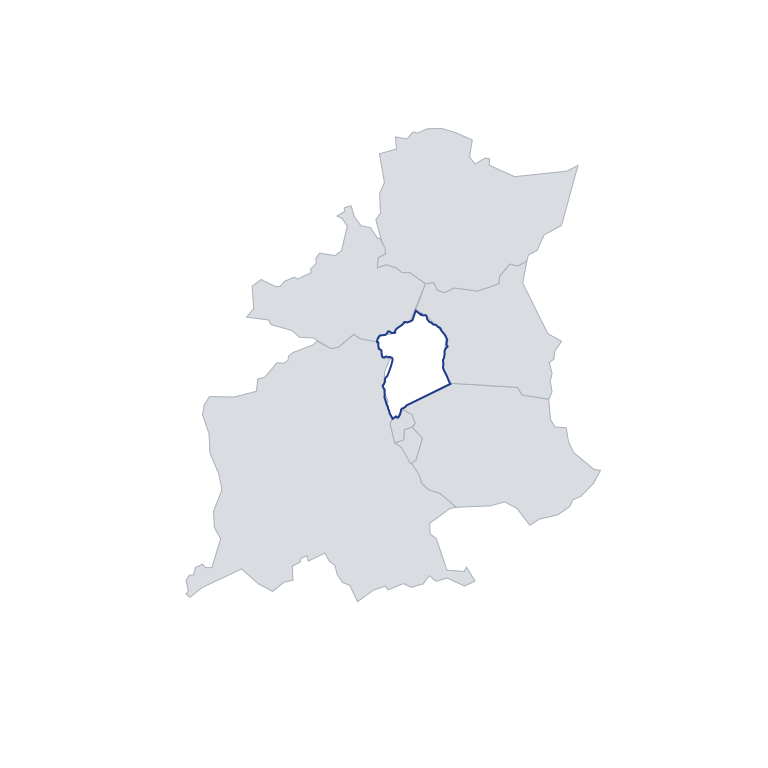 Uganda and the surrounding countries, rotated 334°
{"feature_id": "UGA", "entity_name": "Uganda", "entity_type": "country or territory", "adm_level": 0, "iso_a3": "UGA", "parent_name": "Africa", "parent_adm1": "", "projection": "orthographic", "projection_center": [32.128, 1.375], "detail": "fine", "context": "with_neighbors", "style": "outline", "palette": "blue", "viewbox_px": 768, "rotation_deg": 334, "n_neighbors": 7, "source": "natural_earth", "source_scale": "50m", "svg_char_len": 5988}
<svg xmlns="http://www.w3.org/2000/svg" viewBox="0 0 768 768"><g transform="rotate(334 384 384)"><path d="M443.7,412.3L502.4,445.5L503.4,454.5L525.4,469.9L518.1,488.9L518.9,497.6L528.6,503.2L524.6,516.5L524.3,528.5L535.4,553.1L540.8,556.4L528.6,565.2L511.9,571.2L502.8,571.0L497.3,575.5L482.8,577.8L464.6,573.6L453.1,574.8L449.0,554.2L440.8,542.9L425.8,540.0L394.7,526.4L386.4,507.1L377.4,498.4L374.2,489.5L375.7,481.5L372.9,467.3L379.3,466.5L394.7,449.6L390.3,435.0L394.8,433.0L395.7,423.9L389.5,415.1L395.0,413.3L443.7,412.3Z" fill="#d9dde1" stroke="#a8b0b8" stroke-width="1"/><path d="M371.9,448.6L375.7,481.5L374.2,489.5L377.4,498.4L386.4,507.1L394.7,526.4L388.7,524.8L364.0,529.2L359.7,539.0L363.2,545.7L359.0,579.0L373.8,587.6L377.9,584.8L379.4,601.1L367.8,600.9L355.8,586.2L344.2,584.1L340.6,576.1L331.5,580.9L319.3,578.7L314.1,571.9L297.4,570.8L296.4,566.1L284.3,564.7L264.8,568.0L265.0,549.9L259.8,544.2L258.4,534.8L260.4,525.6L257.2,519.6L256.7,510.0L238.3,510.0L239.5,504.5L231.8,504.5L231.0,507.2L221.7,507.7L216.1,520.5L207.7,518.3L193.0,521.6L183.5,508.5L174.9,487.8L131.3,487.2L116.1,490.7L113.9,485.9L117.5,484.3L120.0,473.7L125.3,470.5L129.2,472.1L134.0,466.2L142.0,466.4L143.1,470.8L148.7,473.6L169.3,451.5L168.6,438.8L174.9,423.8L191.6,408.4L193.3,403.5L196.1,392.4L197.3,369.8L205.0,351.9L207.5,331.7L213.5,323.8L221.7,318.9L243.6,330.0L266.1,334.6L272.9,324.1L279.8,325.7L297.0,318.0L303.0,321.3L308.0,320.8L310.3,317.1L316.1,315.8L337.5,317.8L342.6,316.2L351.9,329.0L358.8,330.9L378.7,326.0L382.4,332.7L396.0,343.0L395.1,361.2L401.3,363.3L390.3,372.9L381.1,388.2L380.2,400.7L376.6,406.6L376.5,418.3L372.0,422.7L367.9,441.6L371.9,448.6Z" fill="#d9dde1" stroke="#a8b0b8" stroke-width="1"/><path d="M525.4,469.9L503.4,454.5L502.4,445.5L443.7,412.3L443.5,395.8L461.2,367.9L452.5,342.3L445.2,331.5L465.1,312.0L473.1,314.6L473.2,323.3L478.5,328.4L489.2,328.4L508.9,341.5L531.0,344.2L535.5,337.7L549.5,331.2L555.7,336.4L566.2,336.3L552.9,354.0L553.3,410.6L562.3,423.4L551.5,429.6L547.7,436.1L541.9,437.3L539.7,448.2L534.7,454.4L531.6,464.7L525.4,469.9Z" fill="#d9dde1" stroke="#a8b0b8" stroke-width="1"/><path d="M390.3,435.0L394.7,449.6L379.3,466.5L372.9,467.3L371.9,448.6L367.9,441.6L377.4,442.8L382.1,434.0L390.3,435.0Z" fill="#d9dde1" stroke="#a8b0b8" stroke-width="1"/><path d="M654.1,272.6L613.1,319.3L593.4,320.1L580.1,331.1L570.3,331.4L566.2,336.3L555.7,336.4L549.5,331.2L535.5,337.7L531.0,344.2L508.9,341.5L489.2,328.4L478.5,328.4L473.2,323.3L473.1,314.6L465.1,312.0L455.9,295.2L448.8,291.6L446.1,285.4L438.3,277.9L428.8,276.8L434.0,268.0L442.2,267.6L448.6,233.0L455.8,228.7L463.7,210.7L472.7,203.1L480.8,175.1L498.3,178.2L502.7,166.9L511.9,173.8L520.6,170.2L524.3,173.3L534.5,173.5L547.7,179.5L558.6,189.6L570.3,203.4L560.5,217.3L562.2,226.2L574.2,225.3L577.6,228.1L574.5,233.5L592.1,254.8L641.6,272.8L654.1,272.6Z" fill="#d9dde1" stroke="#a8b0b8" stroke-width="1"/><path d="M389.5,415.1L395.7,423.9L394.8,433.0L390.3,435.0L382.1,434.0L377.4,442.8L367.9,441.6L372.0,422.7L376.5,418.3L380.3,419.9L389.5,415.1Z" fill="#d9dde1" stroke="#a8b0b8" stroke-width="1"/><path d="M396.0,343.0L382.4,332.7L378.7,326.0L358.8,330.9L351.9,329.0L340.2,311.3L328.7,305.1L324.9,295.8L308.4,281.0L308.4,276.0L289.9,263.7L299.9,259.1L308.4,238.3L319.4,236.2L329.6,249.4L333.8,250.7L339.3,248.1L350.3,248.7L352.4,251.8L367.6,251.9L368.2,248.7L376.1,245.8L377.7,241.3L383.5,238.2L396.3,247.1L404.2,245.6L420.2,226.1L418.9,216.9L415.3,212.4L424.4,211.6L425.4,208.2L432.5,209.3L430.7,220.5L432.6,231.6L440.4,237.6L442.1,250.6L444.2,250.9L444.5,262.9L442.2,267.6L434.0,268.0L428.8,276.8L438.3,277.9L446.1,285.4L448.8,291.6L455.9,295.2L465.1,312.0L435.6,338.6L424.7,338.6L412.3,342.2L402.4,338.8L396.0,343.0Z" fill="#d9dde1" stroke="#a8b0b8" stroke-width="1"/><path d="M443.7,413.1L442.0,413.1L439.2,413.1L436.4,413.1L433.7,413.1L430.9,413.1L428.2,413.1L425.4,413.1L422.6,413.1L419.9,413.1L417.1,413.1L414.3,413.1L411.6,413.1L408.8,413.1L406.1,413.1L403.3,413.1L400.5,413.1L397.8,413.1L396.1,413.1L395.8,413.0L395.6,413.0L394.5,413.2L393.5,413.9L392.3,414.1L391.1,414.0L390.9,414.1L390.3,414.1L389.4,414.0L388.6,414.2L388.0,414.8L387.4,415.8L386.2,417.0L385.4,418.0L384.6,418.8L382.9,420.0L381.9,420.3L381.5,420.3L381.2,420.1L380.7,418.5L380.3,418.3L377.0,419.1L376.5,419.1L376.5,418.6L376.3,414.9L376.2,412.7L376.7,411.3L376.9,409.7L376.9,408.2L377.6,405.8L377.3,404.4L378.1,399.3L378.3,398.4L378.6,396.0L379.1,395.2L379.6,394.9L380.1,393.4L381.2,391.0L382.0,389.8L381.8,387.0L382.0,385.2L382.1,384.8L383.8,384.1L385.9,382.4L386.8,380.4L388.0,379.1L390.4,378.3L390.5,378.3L397.7,371.4L401.0,367.7L402.5,365.8L402.5,365.1L402.8,364.2L402.2,363.5L401.5,362.8L401.3,362.3L400.7,362.0L399.8,362.0L399.3,361.5L398.6,360.7L398.0,360.2L395.9,360.2L394.4,359.4L394.4,358.2L395.0,355.9L396.2,353.3L396.3,352.6L396.1,351.9L395.8,351.4L395.3,350.9L394.8,350.3L395.2,348.4L395.9,346.5L396.5,345.6L397.1,344.6L397.0,343.7L396.1,343.3L396.5,342.5L397.5,341.1L399.3,339.7L401.0,338.7L402.0,338.7L404.1,339.5L406.0,340.3L407.1,340.4L408.3,340.0L411.0,338.5L411.6,339.0L412.4,339.9L413.2,341.5L414.8,342.2L415.6,342.7L416.2,342.8L416.5,342.7L417.1,341.5L417.9,340.8L419.3,339.9L422.4,339.3L424.6,339.1L425.5,338.9L427.1,338.5L429.6,337.2L432.0,338.9L434.6,339.2L437.2,339.2L438.0,338.7L438.4,338.3L441.1,335.6L444.7,332.0L447.1,337.1L448.0,337.4L447.9,337.8L447.7,338.3L449.2,339.5L451.2,340.2L451.9,340.8L452.0,341.5L451.3,344.5L451.4,345.3L452.1,348.4L453.2,349.0L454.3,352.1L456.3,353.4L456.6,353.7L457.1,355.2L457.8,356.8L458.3,357.2L458.6,357.3L459.2,359.0L458.8,359.9L459.3,362.9L460.1,365.5L460.3,368.6L460.3,369.9L460.3,370.8L460.1,372.0L459.8,372.7L459.1,373.3L458.4,374.4L457.7,375.5L457.3,376.0L457.6,377.7L457.6,378.2L457.4,378.4L456.4,378.6L455.2,379.1L454.5,379.5L453.5,380.4L452.6,381.3L451.5,384.0L449.7,386.2L449.4,386.9L447.7,388.1L446.9,389.7L446.4,391.6L445.7,392.9L444.3,394.8L443.9,397.8L444.0,403.7L443.6,410.4L443.7,413.1Z" fill="none" stroke="#1e3a8a" stroke-width="2"/></g></svg>